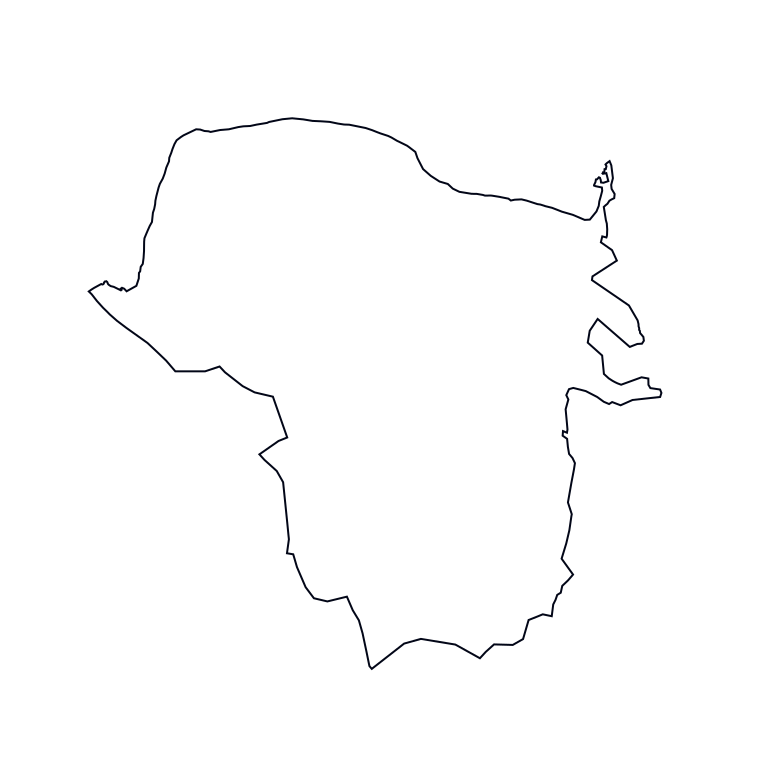 Hong, Adamawa, Nigeria, rotated 348°
{"feature_id": "59680162B84612216171504", "entity_name": "Hong", "entity_type": "district", "adm_level": 2, "iso_a3": "NGA", "parent_name": "Nigeria", "parent_adm1": "Adamawa", "projection": "natural_earth1", "projection_center": [12.969, 10.288], "detail": "fine", "context": "isolated", "style": "outline", "palette": "ink", "viewbox_px": 768, "rotation_deg": 348, "n_neighbors": 0, "source": "geoboundaries", "source_scale": "gbopen_adm2", "svg_char_len": 3942}
<svg xmlns="http://www.w3.org/2000/svg" viewBox="0 0 768 768"><g transform="rotate(348 384 384)"><path d="M653.5,450.4L652.9,446.8L643.7,443.4L642.5,439.8L643.7,433.6L637.3,431.0L615.8,434.0L612.5,431.9L610.3,430.2L608.2,428.4L605.0,425.2L601.2,419.9L603.3,401.5L591.9,385.9L596.3,374.7L606.5,364.8L632.1,398.8L640.1,397.5L644.7,398.2L647.2,395.7L647.5,391.9L645.1,387.4L645.3,385.1L644.8,384.1L645.2,382.5L645.0,380.5L645.4,378.3L645.3,374.5L639.9,358.1L609.0,325.6L610.3,322.1L637.4,311.7L634.9,300.5L625.6,290.5L628.2,285.0L632.0,286.9L632.5,286.1L633.2,284.4L633.8,281.9L634.5,279.1L634.9,276.2L635.3,273.4L635.1,269.9L635.5,262.6L635.8,256.5L637.8,255.3L640.0,254.2L642.6,251.6L644.9,250.8L647.8,250.1L649.1,246.1L647.2,240.5L647.6,236.5L650.7,230.3L651.8,217.4L651.0,212.9L647.9,214.3L646.3,215.3L646.9,217.2L645.6,219.9L644.4,219.7L643.9,221.4L643.6,222.7L642.3,222.5L642.2,222.9L641.5,223.4L641.8,223.9L643.2,223.9L644.5,224.1L645.3,224.0L645.6,232.2L640.5,232.8L638.2,232.0L638.4,229.5L638.1,227.6L638.1,227.2L637.2,226.5L634.9,228.1L633.8,228.0L632.8,230.5L630.8,233.1L630.7,233.6L632.1,234.5L638.0,237.1L637.6,240.4L635.1,245.4L632.6,250.1L631.1,254.4L627.7,259.4L619.5,266.0L614.4,265.2L603.9,257.8L593.8,252.4L590.2,250.0L585.0,246.6L578.4,243.4L578.2,243.2L574.3,241.0L573.0,240.5L572.7,240.4L571.4,239.9L561.7,234.3L556.9,232.0L550.1,230.9L546.2,230.9L544.3,228.6L536.6,225.3L536.5,225.2L529.0,222.3L527.8,221.9L521.9,220.7L520.0,219.6L514.2,217.3L509.3,216.2L497.7,211.7L491.9,207.2L488.0,201.6L480.4,197.5L473.0,190.1L466.9,181.9L463.7,170.1L462.9,163.5L459.1,159.1L458.1,157.9L456.1,155.7L449.0,150.1L447.4,148.9L442.5,144.4L439.6,142.2L432.9,138.3L431.9,137.7L431.5,137.4L429.9,136.4L425.1,133.2L419.3,129.8L403.8,123.1L398.9,121.9L393.1,119.7L385.3,116.3L377.6,114.1L373.8,113.1L373.4,113.0L368.8,111.8L360.1,108.4L349.4,105.0L339.7,103.9L326.1,103.8L323.9,104.3L313.5,103.8L306.7,103.8L299.9,102.7L294.9,102.4L290.1,102.5L285.3,102.6L285.2,102.6L276.5,101.5L266.8,101.4L264.8,100.3L261.0,99.2L257.1,96.9L253.2,95.8L239.6,99.1L236.7,100.2L231.8,102.5L228.9,105.8L225.9,110.3L224.0,113.6L221.0,118.1L220.0,121.5L216.1,127.0L213.2,132.6L210.3,137.1L206.4,141.6L204.4,144.9L200.5,152.7L198.5,157.2L197.5,160.6L195.6,165.0L193.6,168.4L190.7,177.3L187.7,180.7L184.8,184.7L182.9,187.4L180.0,191.6L179.0,194.8L178.0,199.2L176.9,204.1L175.0,210.8L173.0,216.4L170.4,218.8L168.9,223.1L167.4,224.4L166.1,229.8L162.2,236.5L151.5,239.8L149.7,236.8L147.7,235.4L146.4,236.0L146.9,237.3L146.1,237.7L139.9,232.8L137.0,231.4L135.3,229.6L134.8,228.7L134.5,226.7L133.7,225.7L132.3,225.9L132.1,225.8L131.8,226.1L131.1,226.7L131.0,227.2L130.5,227.8L130.2,228.0L129.9,228.1L129.1,228.1L128.2,227.4L120.5,229.7L117.5,230.8L116.1,231.4L114.5,232.1L116.7,235.4L120.5,243.2L123.0,247.5L125.1,251.1L128.5,256.2L130.2,258.9L136.0,266.7L143.8,275.7L161.2,294.7L169.0,305.9L175.8,315.9L182.5,328.2L211.7,334.4L226.8,332.7L230.9,339.5L245.3,356.7L255.7,365.3L272.7,373.3L278.2,416.2L269.0,417.8L247.5,426.9L251.3,433.4L261.0,446.8L264.9,459.1L260.5,499.8L259.1,512.2L258.7,516.1L253.9,529.4L259.8,531.7L260.8,545.0L265.1,566.5L270.9,579.0L283.4,584.9L303.5,584.3L306.4,598.8L310.3,610.0L311.2,623.4L311.2,642.4L311.1,653.9L311.1,656.9L312.8,660.1L349.7,642.1L367.1,641.0L399.6,653.7L420.8,672.2L427.8,667.2L437.5,661.6L455.7,666.0L467.0,662.4L476.4,644.9L476.5,644.9L486.5,643.2L491.4,642.3L499.8,646.0L503.7,634.8L506.9,630.8L509.6,626.3L513.5,624.9L516.4,618.5L523.1,614.4L529.3,609.7L521.4,591.8L529.1,577.9L534.9,565.6L539.8,552.3L540.6,550.4L539.3,538.1L546.8,519.5L549.8,512.4L552.1,506.9L554.3,501.1L553.0,495.6L550.5,490.9L550.8,483.7L551.7,475.7L548.0,471.7L549.3,467.3L552.8,469.7L554.0,466.7L555.0,458.5L556.4,446.5L561.1,437.5L560.0,432.8L563.9,427.5L568.3,427.2L575.1,430.5L579.9,432.9L589.8,441.0L595.3,447.1L600.0,450.4L603.4,449.1L611.0,454.0L623.8,451.3L651.4,454.1L653.5,450.4Z" fill="none" stroke="#020617" stroke-width="2"/></g></svg>